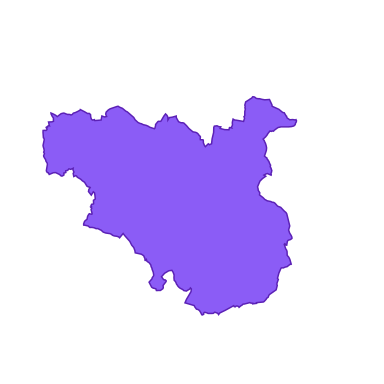 Poienarii De Muscel, Arges, Romania (Albers equal-area conic projection), rotated 336°
{"feature_id": "2599482B33398207909803", "entity_name": "Poienarii De Muscel", "entity_type": "district", "adm_level": 2, "iso_a3": "ROU", "parent_name": "Romania", "parent_adm1": "Arges", "projection": "albers", "projection_center": [25.065, 45.199], "detail": "fine", "context": "isolated", "style": "filled", "palette": "violet", "viewbox_px": 384, "rotation_deg": 336, "n_neighbors": 0, "source": "geoboundaries", "source_scale": "gbopen_adm2", "svg_char_len": 5977}
<svg xmlns="http://www.w3.org/2000/svg" viewBox="0 0 384 384"><g transform="rotate(336 192 192)"><path d="M253.2,298.9L254.0,293.3L253.9,291.0L253.2,288.6L254.6,285.1L254.8,283.6L254.5,282.0L255.0,277.3L255.8,277.0L256.3,278.7L256.9,279.1L259.1,275.8L260.3,275.2L262.6,275.5L264.4,275.1L264.9,273.9L264.9,272.0L264.5,269.2L264.8,266.0L267.5,262.8L269.7,250.5L269.5,249.0L268.5,246.9L266.8,242.1L264.4,239.7L263.3,236.1L262.5,234.8L260.8,233.7L260.2,232.8L257.1,230.6L256.2,229.3L255.5,228.5L254.6,226.0L252.5,222.1L253.6,220.3L253.2,217.3L253.6,216.3L254.0,213.9L258.5,209.7L261.9,208.4L265.8,207.6L264.6,205.8L267.2,205.6L268.5,205.9L271.1,208.8L271.5,208.3L271.6,207.3L272.8,206.1L273.7,204.7L273.7,203.4L273.9,202.6L273.8,202.0L273.9,201.5L273.7,200.8L274.7,199.4L274.5,198.9L274.6,198.0L274.5,197.6L274.7,195.1L274.4,194.6L274.4,193.3L274.1,192.6L274.2,191.1L273.7,190.6L272.8,188.7L276.8,184.3L278.1,182.0L278.6,179.8L278.9,177.4L278.8,175.6L278.9,174.6L278.5,172.6L281.6,171.6L284.3,170.2L284.5,169.8L288.0,168.0L289.1,168.9L290.1,168.9L290.6,169.1L290.9,169.5L291.5,169.5L292.1,169.1L296.7,168.1L299.8,168.7L306.5,171.7L309.5,172.7L311.8,173.1L313.6,172.5L314.8,171.0L315.8,170.4L316.5,169.2L316.4,168.2L315.8,168.3L313.5,166.8L310.7,165.8L309.0,163.0L309.2,161.1L308.9,160.9L308.5,157.1L307.5,156.5L306.9,155.6L305.0,151.8L300.1,146.3L300.5,144.8L300.4,139.0L296.0,137.4L293.6,135.8L291.6,134.2L290.4,133.7L288.9,132.7L288.5,132.1L287.8,130.7L286.4,129.7L286.1,129.7L284.7,130.5L282.7,130.7L281.9,130.9L277.7,131.5L275.6,134.1L275.3,135.7L274.5,136.7L274.6,137.7L273.0,139.9L271.3,143.6L271.1,143.9L270.1,144.3L270.0,146.0L267.8,148.5L261.2,144.1L260.4,143.8L259.2,142.1L257.2,144.7L256.6,146.1L256.4,146.9L256.0,147.5L254.2,149.0L254.3,149.5L252.6,148.4L252.3,148.5L251.1,150.2L247.2,148.3L243.5,145.4L244.8,144.2L243.1,143.2L241.8,141.7L239.2,140.9L238.2,141.8L235.9,146.5L232.0,151.6L229.5,155.9L227.2,155.9L226.5,154.6L222.6,156.0L222.3,154.8L222.4,151.7L223.3,149.5L223.3,148.8L220.9,147.6L221.2,146.6L222.1,145.1L222.1,144.3L221.5,143.2L221.4,141.9L220.5,139.9L219.6,139.0L217.3,137.4L215.0,132.7L214.0,129.2L212.6,125.7L211.7,125.0L210.0,124.2L208.3,122.3L207.9,117.6L208.5,116.2L204.4,115.6L201.6,114.8L199.3,116.4L200.4,113.6L200.3,111.8L199.6,109.9L197.2,111.2L192.5,114.6L191.8,114.6L190.2,113.8L189.5,113.8L186.2,115.5L185.8,116.4L184.2,118.5L183.4,118.9L179.5,115.4L179.1,114.5L177.3,112.5L174.9,110.7L173.6,109.1L172.4,108.2L171.0,106.6L169.4,102.9L169.1,100.2L165.5,92.5L164.4,91.2L162.5,87.3L160.1,84.8L159.6,83.8L158.7,83.4L151.0,82.7L148.9,83.0L146.1,84.1L144.9,85.6L144.7,86.9L144.7,88.3L142.7,87.9L140.6,85.9L138.2,89.3L132.2,87.2L132.0,86.7L132.2,86.2L130.5,85.9L129.8,84.9L129.8,83.5L130.0,82.3L130.8,80.0L130.1,78.4L128.5,77.8L126.5,75.0L123.6,71.4L123.5,71.6L121.0,71.9L117.8,72.0L115.7,71.7L114.3,72.4L113.4,72.5L112.6,72.3L112.1,71.6L110.9,70.9L110.2,70.8L108.3,69.1L107.7,68.3L106.6,67.6L104.3,67.2L99.5,68.3L98.7,66.5L96.9,64.2L95.3,62.5L95.0,63.4L95.1,66.2L95.5,67.9L94.2,71.1L92.5,70.9L89.4,69.7L88.7,73.4L88.3,72.9L88.1,73.1L86.9,73.2L86.5,73.9L85.8,74.0L85.6,73.5L85.1,73.6L84.9,73.9L85.2,74.7L85.1,75.7L84.5,76.2L83.6,76.4L82.9,75.9L81.0,75.2L80.2,76.8L78.4,81.7L78.3,82.1L78.6,82.6L78.3,84.1L74.9,88.8L74.5,90.2L74.3,92.2L73.7,94.4L72.7,95.2L72.8,96.9L71.2,98.5L71.0,99.3L71.1,100.8L71.4,102.9L71.1,104.5L71.4,106.2L71.4,106.9L71.1,108.0L67.7,113.1L67.5,113.8L67.7,115.3L68.5,115.9L68.7,117.9L73.1,118.0L75.3,118.8L78.1,122.1L78.9,124.0L79.7,124.6L81.7,124.5L82.1,124.0L82.6,122.6L84.6,122.9L84.8,122.7L85.0,121.6L85.3,121.2L87.2,121.7L88.8,120.8L89.2,120.9L90.0,121.7L90.6,122.0L93.1,122.0L92.3,123.2L92.2,125.8L91.0,126.7L90.3,129.8L92.5,129.8L93.1,130.7L93.2,131.8L95.5,135.0L96.4,137.2L97.8,139.4L98.4,144.0L99.3,145.1L100.6,146.1L100.8,146.5L98.9,147.6L97.6,149.5L98.7,153.9L101.9,151.7L102.6,153.1L102.1,155.1L100.9,158.8L100.6,159.1L98.6,159.5L97.3,162.7L96.7,162.8L95.3,162.4L94.1,163.5L94.2,164.5L93.3,164.5L93.8,166.0L92.6,167.1L92.2,169.9L91.8,171.4L91.0,171.4L89.4,170.1L88.7,170.3L86.8,171.7L85.0,174.2L82.9,174.7L81.8,175.2L80.0,177.1L79.6,178.2L80.5,178.7L83.3,180.8L84.2,182.8L86.3,183.7L88.5,185.2L88.8,185.9L89.6,186.5L91.2,187.2L92.4,188.8L93.5,190.0L94.5,192.4L95.2,193.1L96.4,194.3L100.3,196.8L101.5,198.3L101.6,199.0L103.1,200.5L105.2,201.8L106.7,203.1L107.2,204.4L112.2,201.9L112.9,204.8L115.1,211.8L115.3,216.0L116.2,219.1L116.0,222.2L115.4,224.5L120.5,228.3L121.9,230.5L122.0,232.3L121.8,232.5L121.9,232.9L121.9,233.8L121.3,235.2L121.4,235.5L121.8,235.5L122.9,235.1L122.6,236.6L123.2,237.9L123.9,238.9L124.3,239.9L124.4,240.8L124.7,241.8L124.3,243.6L124.4,245.5L124.1,246.4L124.0,249.3L123.4,251.8L122.9,252.9L120.8,254.1L120.2,255.0L116.1,256.9L116.4,262.5L117.4,264.0L119.6,265.7L119.4,267.5L123.1,269.1L126.0,268.5L126.8,267.8L127.6,265.6L131.9,263.3L132.3,262.5L131.9,261.7L131.6,261.2L130.9,261.1L130.3,260.0L129.7,257.0L133.9,255.1L138.7,254.5L141.8,255.4L142.1,257.7L141.9,260.5L140.6,263.1L139.8,265.5L140.4,266.9L140.5,268.1L140.4,270.0L140.7,270.9L140.7,271.8L141.3,273.7L142.1,275.2L143.9,277.4L144.4,278.7L146.0,279.8L146.5,280.2L150.6,279.7L151.5,279.0L152.0,280.3L150.6,282.6L143.2,287.9L140.5,290.4L147.8,296.6L147.8,298.0L148.4,300.8L149.8,301.9L150.6,303.4L150.9,305.5L151.0,308.1L151.3,308.5L152.8,308.5L152.8,308.1L154.1,307.0L154.8,307.1L156.6,308.6L157.3,309.5L161.9,311.5L164.0,311.1L166.3,313.4L166.4,314.8L168.3,313.8L174.2,313.6L183.9,312.8L184.0,314.0L185.0,314.5L185.4,314.2L186.2,314.2L187.3,314.8L188.0,315.7L188.1,316.5L190.0,315.9L191.7,315.7L193.1,315.2L194.1,315.6L198.1,316.3L199.6,316.4L199.9,316.6L200.0,317.0L202.4,318.5L202.1,318.9L205.7,320.0L205.9,319.3L212.4,321.5L213.3,321.4L216.1,320.2L216.9,319.5L218.8,319.1L220.2,317.6L221.4,317.1L229.1,315.6L231.9,312.0L232.0,310.9L232.6,309.8L235.3,307.0L235.0,305.6L238.4,301.4L242.3,297.8L243.2,297.8L244.6,298.5L246.8,298.5L248.5,298.9L252.8,297.8L253.2,298.9Z" fill="#8b5cf6" stroke="#5b21b6" stroke-width="1.5"/></g></svg>